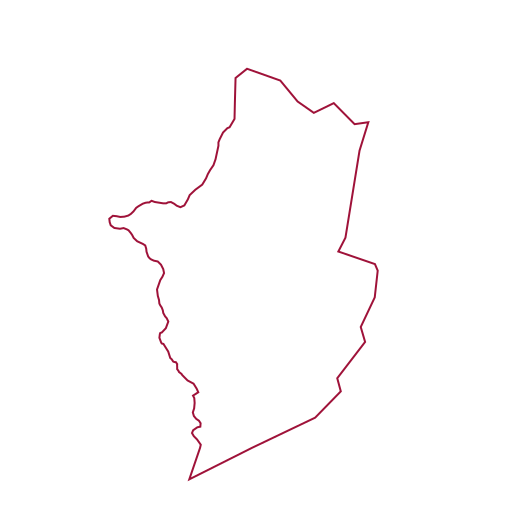 Johnson, Tennessee, United States of America, rotated 153°
{"feature_id": "52423323B99720105467999", "entity_name": "Johnson", "entity_type": "district", "adm_level": 2, "iso_a3": "USA", "parent_name": "United States of America", "parent_adm1": "Tennessee", "projection": "albers", "projection_center": [-81.77, 36.438], "detail": "fine", "context": "isolated", "style": "outline", "palette": "rose", "viewbox_px": 512, "rotation_deg": 153, "n_neighbors": 0, "source": "geoboundaries", "source_scale": "gbopen_adm2", "svg_char_len": 1889}
<svg xmlns="http://www.w3.org/2000/svg" viewBox="0 0 512 512"><g transform="rotate(153 256 256)"><path d="M193.4,423.9L205.1,402.4L212.9,387.9L221.1,382.7L223.5,382.9L229.3,381.0L235.4,376.5L237.9,374.3L239.4,371.3L248.1,360.6L252.7,356.2L257.7,353.5L261.8,350.8L265.2,347.9L271.5,344.0L279.9,342.6L287.4,340.4L291.0,337.4L296.9,333.6L301.2,333.8L303.8,336.8L305.2,339.7L307.3,342.7L309.9,343.7L312.1,343.7L314.7,345.0L321.7,350.1L324.0,352.6L326.9,352.2L328.2,352.9L330.3,353.6L333.1,354.0L338.2,353.7L340.9,353.3L344.8,351.4L348.4,350.3L351.4,350.0L355.4,350.8L359.2,352.4L362.2,354.8L365.3,356.8L369.8,355.8L371.0,352.6L371.5,349.3L369.5,345.3L364.8,342.0L361.3,341.0L359.0,338.4L357.9,336.8L357.1,333.2L356.8,330.9L356.8,327.6L355.2,323.1L351.3,318.1L349.9,315.7L350.5,312.4L351.6,309.5L352.3,304.5L351.8,302.2L351.0,300.6L349.1,298.2L346.0,295.7L344.6,291.4L344.6,286.4L345.7,282.5L348.8,280.0L352.2,278.0L359.4,271.1L361.6,265.0L362.4,260.8L363.7,257.5L363.7,255.5L363.4,252.9L363.7,249.9L364.5,247.3L364.4,243.5L363.8,241.1L363.9,237.4L369.1,232.6L374.7,230.6L376.2,230.9L377.1,230.1L379.2,227.0L379.8,221.8L379.6,220.7L378.4,219.7L377.6,210.7L378.7,204.1L378.0,202.3L377.7,199.6L376.9,198.6L375.6,197.8L375.3,195.4L375.6,195.1L377.1,191.9L377.6,191.1L377.2,188.6L377.3,187.7L375.9,184.7L375.8,183.4L375.4,182.2L375.1,181.2L373.5,176.2L369.6,170.6L369.1,164.7L369.3,160.8L375.5,160.2L375.5,157.4L377.4,152.9L380.3,148.3L383.3,145.3L384.0,141.6L383.2,138.0L381.6,135.1L381.3,132.1L383.1,129.2L386.0,130.0L391.1,129.3L393.4,127.3L393.2,123.7L391.8,119.3L390.9,112.9L393.0,110.4L416.8,87.3L346.7,86.9L276.7,85.1L241.9,96.9L239.1,110.2L197.8,129.9L194.9,145.2L169.0,165.2L154.2,187.7L153.7,194.8L180.6,222.6L168.0,231.7L115.9,302.9L95.2,324.2L108.3,328.7L117.3,356.9L139.5,357.3L148.8,374.8L154.7,401.3L179.0,426.9L193.4,423.9Z" fill="none" stroke="#9f1239" stroke-width="2"/></g></svg>